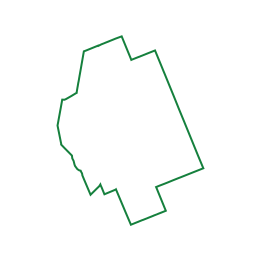 the district of Mount Gambier, South Australia, Australia, rotated 46°
{"feature_id": "25037944B55090185866802", "entity_name": "Mount Gambier", "entity_type": "district", "adm_level": 2, "iso_a3": "AUS", "parent_name": "Australia", "parent_adm1": "South Australia", "projection": "natural_earth1", "projection_center": [140.781, -37.825], "detail": "fine", "context": "isolated", "style": "outline", "palette": "green", "viewbox_px": 256, "rotation_deg": 46, "n_neighbors": 0, "source": "geoboundaries", "source_scale": "gbopen_adm2", "svg_char_len": 1232}
<svg xmlns="http://www.w3.org/2000/svg" viewBox="0 0 256 256"><g transform="rotate(46 128 128)"><path d="M61.9,155.6L66.6,162.1L77.3,177.0L93.2,187.2L93.5,187.6L99.0,187.6L108.9,187.5L111.2,189.2L113.9,190.0L117.2,191.9L118.6,192.5L122.4,193.0L124.6,192.5L124.8,192.4L125.8,191.7L127.1,192.2L128.7,192.6L129.8,193.3L130.3,193.7L134.6,195.4L150.0,201.3L149.9,191.9L149.9,189.2L149.4,187.1L150.0,187.4L152.8,188.4L159.3,191.0L162.2,183.6L163.8,179.5L163.8,179.3L177.2,184.5L187.0,188.3L199.6,193.1L204.2,181.7L204.6,180.9L208.8,170.6L208.9,170.2L209.1,169.8L213.7,158.6L213.8,158.3L190.3,148.9L190.0,148.8L191.4,145.3L193.4,140.6L194.8,137.2L196.7,132.4L199.4,125.8L199.5,125.6L199.6,125.4L204.6,113.2L209.3,101.8L196.5,96.8L185.5,92.4L179.5,90.0L163.7,83.7L162.0,83.0L161.9,83.0L161.7,82.9L148.8,77.8L145.4,76.4L143.4,75.6L137.5,73.2L125.7,68.5L114.7,64.1L112.1,63.1L108.9,61.8L91.0,54.7L81.4,78.0L81.3,78.3L81.1,78.2L69.5,73.6L57.7,68.9L55.0,75.0L54.3,76.8L52.8,80.5L49.3,89.1L48.3,92.3L48.0,92.2L43.2,104.2L42.2,106.5L51.6,119.4L51.9,119.8L57.4,127.4L59.9,130.8L61.2,132.7L63.2,135.4L63.4,135.7L66.5,139.9L67.1,140.5L66.8,141.4L65.7,146.3L64.1,152.6L63.5,154.1L61.9,155.6Z" fill="none" stroke="#15803d" stroke-width="2"/></g></svg>